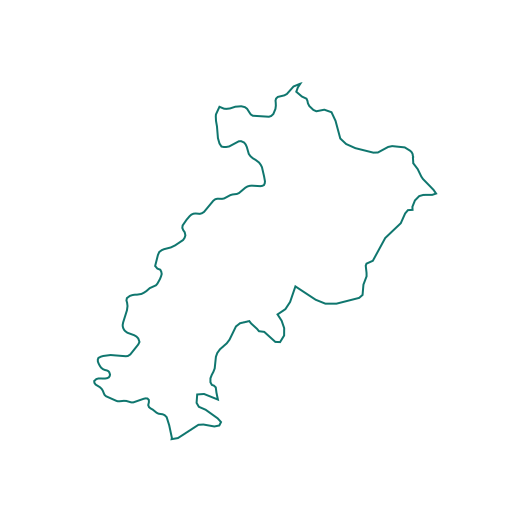 the border of Hautes-Alpes, rotated 344°
{"feature_id": "FRA-5304", "entity_name": "Hautes-Alpes", "entity_type": "Metropolitan department", "adm_level": 1, "iso_a3": "FRA", "parent_name": "France", "parent_adm1": "", "projection": "albers", "projection_center": [6.118, 44.657], "detail": "fine", "context": "isolated", "style": "outline", "palette": "teal", "viewbox_px": 512, "rotation_deg": 344, "n_neighbors": 0, "source": "natural_earth", "source_scale": "10m", "svg_char_len": 3849}
<svg xmlns="http://www.w3.org/2000/svg" viewBox="0 0 512 512"><g transform="rotate(344 256 256)"><path d="M442.4,236.7L444.9,241.4L446.3,245.6L442.2,245.8L433.7,243.4L429.4,243.4L424.1,246.4L419.9,251.8L419.2,254.8L414.7,253.8L411.1,256.2L404.2,264.4L385.2,274.3L367.0,292.8L360.1,293.8L358.8,295.6L357.6,302.7L356.7,306.0L351.4,313.1L347.7,322.8L343.6,324.7L320.2,324.0L309.5,320.9L301.3,314.5L285.5,296.1L276.1,309.6L269.6,315.2L260.6,318.1L262.8,325.3L263.2,333.1L261.1,340.2L255.4,345.4L250.9,343.9L243.0,331.2L238.1,329.1L236.9,326.3L232.7,319.5L231.6,316.7L231.4,316.7L231.1,316.7L230.8,316.7L230.7,316.7L230.3,316.6L230.1,316.6L229.8,316.6L229.6,316.6L229.4,316.6L229.1,316.6L228.8,316.6L228.6,316.6L228.3,316.6L228.0,316.5L227.8,316.5L227.5,316.5L227.2,316.5L226.9,316.5L226.6,316.5L226.3,316.5L226.1,316.4L225.8,316.4L225.5,316.4L225.2,316.4L224.7,316.4L224.2,316.3L223.7,316.3L223.3,316.3L223.1,316.3L222.8,316.3L222.7,316.3L222.4,316.3L222.2,316.2L217.3,318.2L207.5,329.1L203.8,331.9L195.7,335.7L192.1,338.5L189.7,341.8L185.3,352.7L183.1,355.6L180.7,358.1L178.5,361.0L177.4,364.8L178.0,367.7L179.8,369.0L181.1,371.2L180.3,376.6L179.8,383.5L168.0,374.3L161.3,372.9L158.4,380.8L159.5,385.2L165.2,389.9L174.4,401.5L176.6,406.0L174.0,408.8L169.0,408.4L159.0,403.5L154.1,402.4L130.8,409.5L124.4,408.8L125.0,407.7L125.9,394.8L125.7,386.3L124.3,383.8L122.6,382.4L118.8,380.7L117.2,379.2L114.4,375.2L112.7,373.5L111.5,371.8L111.3,369.6L112.8,366.9L113.3,364.8L112.4,363.1L110.6,362.4L108.5,362.3L97.7,362.9L95.7,362.3L91.4,359.6L89.1,358.8L84.6,358.0L83.0,357.5L81.9,356.8L73.2,349.5L72.2,347.9L71.9,346.3L71.6,343.2L71.0,341.2L69.8,339.1L66.4,335.4L65.7,333.4L66.0,331.6L68.6,330.3L70.8,330.3L77.2,332.2L79.3,332.4L81.1,332.1L82.4,330.9L83.0,329.7L82.9,327.3L82.4,326.1L81.1,324.9L79.3,323.9L77.7,322.6L76.3,320.6L75.6,318.5L75.1,316.1L74.9,313.9L75.4,311.9L76.5,310.5L79.3,310.0L81.6,310.0L88.9,311.1L103.3,316.5L105.3,316.8L108.0,316.0L118.4,308.6L120.3,306.5L120.1,302.8L118.9,300.5L117.1,298.6L111.2,294.3L109.6,292.2L108.9,290.8L108.5,288.9L108.5,287.1L108.8,285.6L110.0,283.2L117.0,272.6L118.7,268.7L119.2,265.4L119.2,263.0L120.3,260.9L123.7,259.6L126.2,259.5L128.4,259.7L131.2,260.4L135.4,260.9L138.1,260.4L141.0,259.5L145.0,257.6L151.8,256.6L153.6,255.4L157.3,251.7L159.1,249.4L160.4,247.3L160.6,245.0L160.2,242.8L157.7,240.9L156.3,237.8L162.0,228.0L164.1,225.5L167.0,224.4L169.5,224.1L176.5,224.3L181.2,223.5L190.4,220.5L192.4,218.8L193.8,216.7L194.0,213.5L193.2,211.2L192.9,208.7L193.9,206.4L199.4,201.9L203.2,199.4L205.3,198.4L207.6,198.1L209.7,198.5L213.6,200.0L215.8,200.0L218.2,199.3L230.2,191.1L232.5,190.2L234.7,190.3L239.1,191.7L241.2,191.9L248.2,190.4L250.4,190.4L254.7,191.1L257.0,190.8L264.6,187.4L267.0,186.8L269.1,186.8L271.3,187.2L279.5,190.1L281.5,190.3L283.2,190.0L284.4,188.6L285.2,186.7L285.7,181.8L286.2,172.3L285.7,169.7L284.7,167.0L282.1,163.5L279.9,161.2L278.2,158.6L277.2,155.9L277.2,148.7L276.8,145.9L275.8,143.6L273.3,141.5L271.1,141.0L260.4,143.3L257.4,143.0L255.2,142.4L253.0,141.3L251.9,137.8L251.9,132.2L254.2,120.7L254.8,115.1L255.8,110.8L256.5,108.9L262.0,102.5L265.9,105.6L268.1,106.4L271.7,107.0L277.3,106.8L283.1,108.0L286.3,109.8L288.0,112.0L289.3,116.4L290.0,118.5L291.6,120.3L306.8,125.7L309.2,125.6L311.8,124.3L315.2,120.0L316.5,117.0L317.2,114.2L317.6,112.0L318.7,110.2L320.8,109.1L327.5,109.4L330.3,108.8L338.8,103.4L345.8,102.6L346.1,102.6L342.7,105.5L340.0,109.2L344.1,115.4L347.9,118.7L348.2,121.0L348.0,123.6L348.6,126.6L351.4,131.4L353.9,133.5L362.0,134.2L368.2,138.6L369.7,148.0L369.4,166.3L373.5,173.2L381.2,179.7L397.3,189.0L401.7,190.1L413.1,187.6L417.2,187.9L428.9,192.6L433.1,197.2L434.1,198.8L434.6,200.7L434.6,201.7L434.4,202.6L434.4,204.2L434.0,204.5L432.9,209.6L432.7,210.1L435.4,217.1L436.8,225.2L437.7,228.0L442.4,236.7Z" fill="none" stroke="#0f766e" stroke-width="2"/></g></svg>